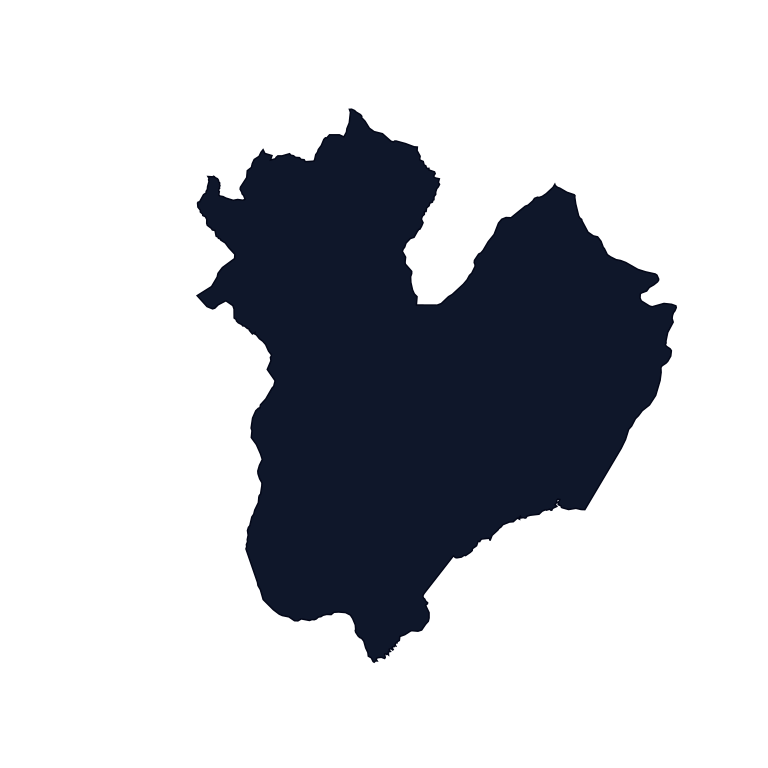 Tumbaya, Jujuy, Argentina (Mercator projection), rotated 206°
{"feature_id": "61730980B96811087093060", "entity_name": "Tumbaya", "entity_type": "district", "adm_level": 2, "iso_a3": "ARG", "parent_name": "Argentina", "parent_adm1": "Jujuy", "projection": "mercator", "projection_center": [-65.57, -23.715], "detail": "fine", "context": "isolated", "style": "filled", "palette": "ink", "viewbox_px": 768, "rotation_deg": 206, "n_neighbors": 0, "source": "geoboundaries", "source_scale": "gbopen_adm2", "svg_char_len": 6171}
<svg xmlns="http://www.w3.org/2000/svg" viewBox="0 0 768 768"><g transform="rotate(206 384 384)"><path d="M324.8,159.2L318.3,161.7L312.9,161.6L309.4,159.5L304.2,154.9L301.9,151.0L301.8,149.9L300.7,148.5L296.7,146.1L294.7,145.5L292.6,145.6L289.4,144.0L284.8,138.8L280.8,135.6L278.8,132.5L275.4,132.3L272.2,129.8L270.9,129.6L270.2,131.4L268.7,132.1L270.5,133.2L270.0,135.0L266.6,137.2L263.1,137.6L263.0,138.8L265.0,141.4L264.2,142.3L263.0,142.1L262.7,142.9L261.2,142.5L262.7,145.1L261.0,146.4L262.8,147.2L263.0,148.3L261.1,149.2L259.7,148.7L259.3,149.3L261.2,150.6L261.1,151.5L259.7,152.4L259.6,153.5L258.6,153.7L260.0,154.8L259.5,156.9L258.8,157.1L259.2,158.0L257.8,160.2L259.1,164.0L255.4,167.8L251.8,173.7L250.8,174.5L245.1,176.7L242.3,179.4L241.3,186.2L240.2,190.2L240.9,193.4L243.3,198.3L249.6,203.3L248.6,205.6L249.0,206.6L250.9,206.9L253.4,208.7L254.2,208.6L256.2,210.4L256.2,213.0L246.3,259.9L243.7,259.3L242.3,259.7L238.5,262.4L236.9,265.2L235.5,265.5L232.6,270.6L231.7,272.9L232.3,274.8L229.9,279.2L230.5,283.9L228.9,284.3L228.6,287.0L227.9,287.7L224.1,290.1L221.5,291.6L220.6,290.2L220.1,290.3L220.5,295.4L217.6,302.7L217.4,304.4L216.0,307.1L215.6,309.5L210.9,314.8L207.4,316.9L205.4,321.9L202.9,321.9L204.0,323.6L203.5,325.0L202.6,324.5L202.4,323.5L200.2,325.0L198.5,325.3L197.8,325.8L197.5,327.9L195.1,330.1L187.6,334.9L186.1,339.0L183.9,341.6L182.7,341.8L180.2,344.1L178.5,343.7L177.8,344.3L178.0,345.4L177.4,346.8L175.0,349.7L177.4,350.7L176.9,352.9L177.8,355.2L177.3,356.7L175.3,357.3L175.2,355.2L176.0,353.9L174.3,352.9L174.9,352.5L174.5,351.9L171.5,352.1L170.4,350.9L169.6,350.9L163.1,352.1L157.0,356.4L151.8,357.6L148.4,359.1L142.6,430.1L142.6,440.1L144.2,450.5L143.0,454.7L142.8,463.0L141.4,467.0L140.2,473.2L136.2,481.6L134.8,492.8L137.4,508.2L140.0,515.9L142.3,520.1L142.1,522.2L139.7,526.3L138.9,528.7L138.5,534.8L140.3,539.9L142.1,541.0L146.8,541.7L148.4,542.8L148.4,544.4L149.4,546.2L151.6,554.7L151.2,566.4L153.8,569.2L154.7,571.9L155.1,574.9L154.6,577.3L154.8,580.8L155.9,582.2L160.5,581.7L167.7,579.1L176.8,571.0L179.5,570.5L189.2,571.5L191.6,573.6L193.1,577.2L192.6,578.6L188.7,582.7L187.9,587.1L185.0,591.4L183.0,595.6L182.7,597.4L183.1,598.7L186.4,601.5L188.5,601.8L198.0,599.5L206.1,598.3L220.0,599.2L225.5,598.7L229.9,597.5L236.2,597.6L240.0,598.2L245.4,602.4L246.8,602.9L251.5,607.4L256.5,609.9L260.8,608.9L267.2,609.9L277.4,617.3L278.5,618.6L280.8,619.1L282.7,620.4L290.6,629.9L294.4,635.5L294.9,637.0L296.0,637.5L303.7,636.5L311.8,637.1L314.2,636.8L317.1,637.5L318.0,638.4L318.3,634.8L321.6,626.2L324.0,622.0L326.4,619.6L327.9,619.2L330.1,616.8L330.5,613.8L332.9,607.9L335.0,605.7L342.7,589.1L347.3,587.1L350.4,583.7L351.6,578.8L350.6,566.7L352.7,557.6L353.5,547.6L354.3,544.4L355.9,542.3L356.9,534.8L356.1,532.6L354.5,531.2L353.7,529.6L353.7,522.1L354.8,519.1L355.0,514.1L356.4,508.5L361.9,494.4L364.3,490.8L367.8,481.4L370.8,478.2L389.5,469.2L392.6,477.0L396.3,478.3L399.6,481.1L404.4,487.1L407.1,492.1L407.5,495.3L408.5,497.4L417.3,501.1L418.4,502.6L420.2,507.5L425.6,511.2L425.9,513.5L425.4,516.2L426.0,520.2L424.1,526.3L421.3,529.0L420.9,535.7L420.5,538.2L419.6,538.9L419.4,542.1L419.6,546.1L422.3,548.2L422.9,549.7L423.0,551.8L422.1,554.1L423.2,556.5L421.8,557.5L422.9,561.0L421.6,563.9L422.1,566.6L420.2,568.7L420.6,570.6L419.9,571.5L421.2,574.4L420.6,577.0L421.7,579.2L422.2,582.7L421.6,585.0L421.6,587.8L423.5,589.0L424.2,592.7L428.2,591.7L430.1,592.1L430.5,593.2L430.2,595.5L431.6,596.8L437.3,596.1L438.2,597.5L439.2,596.8L440.7,596.9L442.0,598.4L444.0,598.5L446.3,601.2L449.5,601.1L450.4,601.5L451.4,604.6L456.6,608.3L457.9,611.6L460.9,610.4L470.2,609.5L479.7,607.7L481.1,606.9L481.5,605.7L484.3,605.3L495.1,608.3L503.6,606.5L509.3,607.5L516.3,611.9L521.1,613.7L521.3,614.9L523.2,615.8L528.2,616.2L530.3,616.9L533.5,616.8L535.5,615.7L533.3,613.5L529.7,603.5L529.3,597.3L528.2,593.9L528.4,588.5L533.4,588.4L542.2,584.1L543.3,580.1L544.6,579.6L545.3,577.5L544.9,570.8L545.8,566.0L545.4,563.1L545.9,560.2L544.7,555.3L544.8,553.5L552.2,549.3L554.1,550.6L557.0,549.5L559.2,550.4L562.9,548.9L565.4,549.5L568.1,548.8L569.8,549.6L575.7,544.3L579.4,542.5L580.3,540.5L580.4,538.8L584.2,535.5L584.8,540.2L592.1,539.0L595.4,541.6L596.1,538.5L596.1,533.8L599.1,528.9L599.0,524.4L598.1,520.5L600.4,515.8L597.9,509.4L599.3,497.9L598.7,496.0L595.8,493.9L594.9,492.7L592.8,491.9L589.8,489.1L591.4,487.3L596.4,485.7L600.0,483.0L607.7,481.8L610.8,481.9L614.0,481.0L615.5,481.7L616.4,484.8L617.3,485.1L617.9,486.8L617.5,487.7L618.1,488.5L618.5,490.6L619.3,491.1L619.8,492.7L621.1,493.2L622.3,494.7L623.7,495.5L627.0,495.5L627.2,496.0L628.3,496.0L628.8,495.1L633.2,493.3L631.3,492.0L631.2,490.6L630.1,489.4L629.1,484.1L628.1,481.5L628.3,479.2L627.6,477.8L629.2,475.1L629.6,466.9L630.8,466.0L630.9,464.9L628.8,461.4L625.3,459.7L624.5,458.1L621.5,457.2L620.7,456.0L617.9,456.1L615.4,454.2L613.8,450.7L612.4,449.2L607.4,448.2L605.8,447.2L603.2,447.9L599.7,443.3L597.4,443.2L596.7,442.4L594.7,442.6L593.8,441.8L588.5,441.2L583.4,438.5L574.9,435.2L573.3,431.2L580.3,417.8L581.7,410.7L580.8,407.0L581.7,396.0L590.7,381.5L577.0,376.0L571.0,376.4L569.3,378.0L567.7,382.6L562.6,389.5L554.2,388.2L551.6,385.6L547.6,377.6L545.3,377.2L544.2,376.0L541.7,375.1L538.1,375.1L536.3,374.3L534.9,375.0L531.1,374.0L529.6,374.3L528.5,373.2L524.2,371.3L522.5,373.7L522.2,372.3L520.2,372.2L515.9,370.1L511.7,369.3L507.7,367.6L502.2,363.0L498.0,360.9L497.5,359.5L497.8,358.2L495.8,355.3L495.3,345.9L483.3,339.2L482.1,333.6L482.8,331.4L483.7,318.7L485.9,311.2L485.1,308.3L486.3,307.1L487.5,303.7L487.2,295.8L484.1,286.1L482.2,284.2L479.8,277.7L472.1,273.6L464.4,267.1L460.3,262.8L460.3,256.3L459.3,250.5L457.9,248.1L454.2,244.3L450.4,241.7L449.2,239.0L446.7,231.1L447.2,229.0L446.9,227.4L444.9,222.3L444.9,214.0L444.0,209.9L444.5,206.5L442.5,197.9L443.0,195.7L442.5,192.5L439.8,188.5L438.7,184.2L437.5,182.3L437.3,179.4L436.1,177.5L435.8,175.3L410.8,150.3L408.9,147.6L404.9,144.9L398.1,137.3L384.4,132.6L377.3,131.2L373.9,131.3L367.4,133.0L360.7,132.0L357.5,133.4L355.4,136.6L347.3,138.8L345.5,140.7L343.3,141.6L341.9,143.1L340.8,145.8L338.7,147.2L337.4,149.4L334.5,151.8L330.4,153.6L328.9,156.9L324.8,159.2Z" fill="#0f172a" stroke="#020617" stroke-width="1.5"/></g></svg>